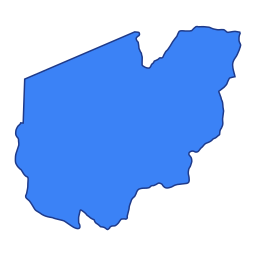 Liure, El Paraíso, Honduras (orthographic projection)
{"feature_id": "27666195B78599057689965", "entity_name": "Liure", "entity_type": "district", "adm_level": 2, "iso_a3": "HND", "parent_name": "Honduras", "parent_adm1": "El Paraíso", "projection": "orthographic", "projection_center": [-87.049, 13.55], "detail": "fine", "context": "isolated", "style": "filled", "palette": "blue", "viewbox_px": 256, "rotation_deg": 0, "n_neighbors": 0, "source": "geoboundaries", "source_scale": "gbopen_adm2", "svg_char_len": 5816}
<svg xmlns="http://www.w3.org/2000/svg" viewBox="0 0 256 256"><path d="M197.5,151.8L198.0,151.5L198.5,151.1L199.0,150.5L200.7,148.3L202.3,146.9L203.1,146.0L204.3,144.6L205.2,143.8L206.0,143.3L207.5,142.7L209.0,142.1L210.6,141.2L211.7,140.4L212.5,139.5L213.2,138.9L214.0,138.5L215.3,138.0L216.2,137.4L218.4,135.5L219.4,134.8L219.6,134.5L219.8,132.0L219.9,131.3L220.1,130.5L220.5,129.5L221.4,128.1L221.9,126.9L222.5,125.5L222.7,124.6L222.8,123.7L222.8,122.7L222.6,120.3L222.6,118.6L223.6,111.0L223.0,107.3L222.8,104.7L222.6,102.8L222.4,101.9L222.2,101.2L221.4,99.4L220.9,97.3L220.6,96.6L219.6,93.8L218.9,92.1L218.8,91.8L218.8,91.5L218.9,91.2L219.7,90.6L224.1,87.2L225.5,85.7L226.2,84.9L226.6,84.3L226.9,83.8L227.6,81.9L228.6,79.7L229.2,78.6L229.6,78.1L230.0,77.9L232.1,77.3L235.0,76.7L234.6,75.0L233.4,70.4L232.9,68.0L232.7,66.0L232.6,64.9L232.7,63.9L232.8,63.1L233.0,62.2L233.4,61.1L233.8,60.2L234.2,59.4L236.4,56.1L237.3,54.4L239.2,50.0L239.5,49.1L239.7,48.2L240.0,47.7L240.6,45.5L240.6,44.8L240.4,44.2L239.9,43.1L239.5,42.3L239.2,41.3L239.0,40.5L239.0,37.6L239.1,36.9L239.2,36.1L239.6,34.6L240.1,33.6L239.8,32.2L237.1,31.7L235.3,31.4L234.7,31.4L232.7,31.6L228.4,32.3L227.7,32.3L227.2,32.2L226.9,32.0L224.8,30.3L224.2,29.9L223.8,29.7L221.5,29.6L218.7,29.8L217.2,29.7L215.1,29.3L213.3,28.9L211.9,28.4L209.9,27.5L208.9,27.2L203.9,26.7L201.6,26.7L198.5,26.8L197.0,26.5L196.6,26.6L196.1,26.7L195.8,26.8L195.2,27.3L194.5,27.8L191.9,30.4L191.7,30.6L191.4,30.7L189.6,31.0L186.9,31.0L185.3,31.0L182.6,30.8L181.2,30.8L180.5,30.9L179.8,31.1L179.5,31.2L179.2,31.4L178.8,32.0L177.9,33.8L177.0,36.0L176.7,36.5L174.7,39.0L172.6,41.9L170.2,46.0L168.3,48.8L167.5,49.9L166.1,51.2L165.5,52.0L164.0,54.7L163.1,56.7L162.7,57.4L162.5,57.6L162.2,57.7L161.3,58.0L160.9,58.0L160.2,57.8L159.8,57.9L159.3,58.2L158.6,58.9L158.0,59.4L156.0,60.4L154.3,61.1L154.1,61.4L153.8,62.2L153.4,62.8L152.9,63.3L152.0,64.0L151.7,64.4L151.4,64.8L150.8,66.2L150.4,66.9L150.0,67.4L149.6,67.8L149.3,68.0L149.0,68.0L148.4,68.1L147.6,68.0L146.9,67.9L146.0,67.6L145.2,67.3L144.1,66.7L143.3,66.2L142.4,65.5L142.2,65.1L142.1,64.5L142.1,62.5L142.2,58.4L142.2,57.5L142.1,56.6L141.6,54.8L141.4,53.5L141.3,53.1L140.7,52.2L140.2,51.3L139.6,49.8L139.0,48.5L138.9,47.6L138.7,45.7L138.5,44.2L138.3,43.1L138.2,42.4L138.0,42.0L137.3,41.3L136.9,40.7L136.4,39.7L136.2,38.9L136.2,38.5L136.3,38.1L136.4,37.8L136.8,37.3L137.7,36.4L138.8,35.7L139.2,35.2L139.4,34.8L139.5,34.4L139.5,33.9L139.4,33.6L139.3,33.2L139.1,32.7L138.9,32.5L138.7,32.4L137.9,32.2L134.7,31.9L24.7,79.1L23.2,123.0L20.7,122.9L20.7,123.3L20.4,123.7L19.5,124.7L18.3,125.8L17.8,126.4L17.2,127.4L16.7,128.4L16.4,129.1L16.1,129.8L15.9,130.7L15.8,131.6L15.7,132.9L15.7,133.6L15.8,134.4L16.0,135.2L16.5,136.1L16.8,136.7L17.7,137.7L18.1,138.3L18.4,139.0L18.5,139.5L18.6,141.6L18.8,143.3L18.8,144.2L18.8,145.0L18.4,146.4L16.1,153.3L15.7,154.9L15.5,156.5L15.4,158.8L15.4,160.6L15.5,161.9L15.7,162.9L16.1,163.9L17.0,165.5L17.8,166.7L18.5,167.4L19.6,168.6L20.2,169.1L20.9,169.5L21.2,169.9L22.0,171.1L23.5,173.6L24.4,174.8L25.2,175.6L25.9,176.2L26.5,176.5L27.1,176.8L27.4,177.0L27.8,177.3L27.9,177.7L28.1,178.5L28.1,179.7L27.9,183.3L27.8,186.7L27.6,188.4L26.7,193.1L26.3,194.3L25.9,195.2L25.7,195.7L25.7,196.2L25.7,196.7L25.8,197.1L25.9,197.4L26.2,197.9L26.6,198.4L29.3,200.8L29.8,201.4L31.5,203.9L34.4,208.7L34.9,209.4L35.3,209.9L35.7,210.3L36.7,211.0L39.8,212.9L41.8,214.3L42.9,214.9L44.1,215.5L45.9,216.2L48.0,216.8L49.9,217.2L52.3,217.6L52.9,217.8L54.2,218.3L55.2,218.6L58.0,219.3L62.1,220.3L63.7,220.8L64.2,221.0L65.0,221.5L71.0,225.6L73.5,227.2L74.8,227.8L76.1,228.3L77.4,228.6L78.1,228.6L78.9,228.4L79.4,228.1L79.7,227.7L79.9,227.1L79.9,226.1L79.7,224.9L79.4,224.2L78.9,223.3L78.7,222.6L78.6,220.3L78.6,218.0L78.7,216.8L80.0,211.1L80.1,210.6L80.4,210.1L80.6,210.0L80.8,210.0L81.1,210.1L82.0,210.6L84.3,212.3L85.1,213.0L85.9,213.8L86.3,214.3L87.0,215.2L88.7,216.4L90.5,217.9L91.1,218.3L92.0,218.8L93.0,219.3L94.0,219.7L94.2,219.9L94.4,220.6L94.9,221.7L95.3,222.3L95.6,222.7L96.3,223.3L97.4,224.0L98.6,224.9L99.5,225.7L100.4,226.6L100.9,226.8L102.2,226.9L103.9,227.3L105.4,228.1L106.5,229.0L107.0,229.3L107.5,229.5L107.9,229.4L108.7,228.8L109.6,228.0L109.7,227.5L110.2,227.0L110.6,226.7L111.2,226.3L111.7,226.1L112.2,226.0L113.7,225.9L114.9,225.8L115.3,225.6L116.0,225.2L117.0,224.4L118.2,223.2L118.7,222.6L119.4,221.5L120.1,220.5L120.8,219.6L121.3,219.2L121.6,219.1L122.3,219.0L123.8,218.9L124.5,218.9L125.5,219.1L125.9,219.1L126.5,218.9L126.9,218.5L127.2,218.1L127.3,217.5L127.3,217.0L127.2,216.2L127.3,215.7L127.8,213.8L129.0,209.0L129.2,207.1L129.5,205.7L129.8,204.8L130.6,202.5L131.5,199.9L131.8,199.3L132.9,198.0L133.5,197.3L134.4,196.7L134.7,196.3L135.9,194.0L136.7,191.9L137.3,190.8L137.6,190.3L138.0,189.9L138.8,189.2L139.8,188.8L141.4,188.4L143.2,188.2L146.3,188.1L147.4,188.0L148.9,187.7L149.4,187.5L149.7,187.3L150.7,186.3L151.3,185.9L152.1,185.6L153.4,185.6L154.1,185.4L156.1,184.5L157.9,183.4L158.2,183.2L158.7,183.1L159.3,183.1L160.1,183.3L160.7,183.5L161.3,183.8L161.8,184.1L162.2,184.5L162.4,184.8L162.9,185.6L163.3,186.1L163.9,186.7L164.5,187.2L165.2,187.6L165.8,187.8L166.3,187.9L167.1,188.0L167.9,187.9L168.7,187.8L171.1,187.1L172.2,186.6L173.5,185.9L174.2,185.5L175.5,185.0L176.6,184.7L177.3,184.5L186.6,183.4L187.5,183.1L188.2,182.7L188.6,182.3L188.9,181.6L189.1,181.0L189.2,180.0L189.0,177.2L188.8,176.2L188.5,174.8L188.3,173.8L188.3,171.8L188.5,170.5L188.7,169.4L189.0,168.5L189.4,167.8L190.2,166.5L190.6,165.5L191.5,162.7L191.7,161.9L191.8,161.3L191.7,159.7L191.5,158.7L191.3,158.0L191.0,157.4L190.6,156.8L190.3,156.3L189.6,155.6L189.1,154.9L188.9,154.5L188.9,154.0L188.9,153.7L188.9,153.2L189.1,152.9L189.3,152.5L190.1,151.8L190.9,151.4L192.0,151.1L192.6,151.1L193.4,151.2L193.9,151.3L194.8,151.8L195.9,152.1L196.7,152.0L197.5,151.8Z" fill="#3b82f6" stroke="#1e3a8a" stroke-width="1.5"/></svg>